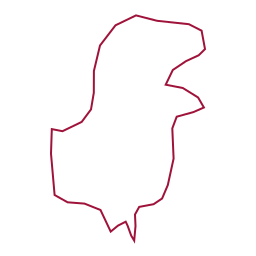 SVG path tracing the border of Príncipe
{"feature_id": "STP-4862", "entity_name": "Príncipe", "entity_type": "state/province", "adm_level": 1, "iso_a3": "STP", "parent_name": "São Tomé and Principe", "parent_adm1": "", "projection": "natural_earth1", "projection_center": [7.405, 1.615], "detail": "fine", "context": "isolated", "style": "outline", "palette": "rose", "viewbox_px": 256, "rotation_deg": 0, "n_neighbors": 0, "source": "natural_earth", "source_scale": "10m", "svg_char_len": 605}
<svg xmlns="http://www.w3.org/2000/svg" viewBox="0 0 256 256"><path d="M205.0,49.1L198.8,55.2L185.9,61.2L172.8,70.0L165.7,84.7L182.8,88.0L198.1,97.5L203.9,107.5L193.4,112.1L176.7,116.7L172.3,128.4L173.6,158.6L167.8,185.1L162.1,198.5L153.6,204.2L139.2,206.9L135.0,214.5L135.5,226.1L134.2,240.6L131.2,235.6L127.6,225.7L125.7,221.7L118.0,225.6L110.7,231.6L100.5,210.0L84.5,203.6L67.6,202.3L54.6,195.0L51.0,153.7L51.8,129.1L62.5,131.2L81.7,121.9L91.0,109.4L93.8,92.8L93.9,71.0L100.0,45.5L115.5,25.3L136.0,15.4L157.1,20.8L188.9,24.2L201.6,30.7L205.0,49.1Z" fill="none" stroke="#9f1239" stroke-width="2"/></svg>